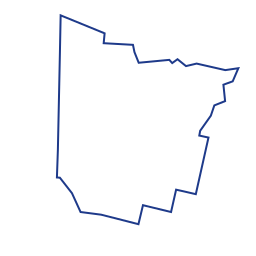 St. James, Louisiana, United States of America, rotated 284°
{"feature_id": "52423323B72947560407101", "entity_name": "St. James", "entity_type": "district", "adm_level": 2, "iso_a3": "USA", "parent_name": "United States of America", "parent_adm1": "Louisiana", "projection": "mercator", "projection_center": [-90.779, 30.028], "detail": "fine", "context": "isolated", "style": "outline", "palette": "blue", "viewbox_px": 256, "rotation_deg": 284, "n_neighbors": 0, "source": "geoboundaries", "source_scale": "gbopen_adm2", "svg_char_len": 565}
<svg xmlns="http://www.w3.org/2000/svg" viewBox="0 0 256 256"><g transform="rotate(284 128 128)"><path d="M35.0,102.3L37.4,122.9L37.2,161.4L56.7,161.2L56.9,190.1L79.8,189.6L80.0,197.6L80.2,209.8L138.2,208.4L137.9,199.0L142.8,198.7L160.0,205.4L170.8,206.3L177.6,215.7L193.1,210.1L198.6,218.3L212.7,220.6L207.7,208.4L207.1,179.0L202.1,169.3L206.7,159.4L201.7,155.2L204.1,151.6L193.9,122.6L203.2,115.9L209.9,112.7L204.4,83.9L214.2,82.4L221.0,35.4L182.9,44.1L89.6,65.3L62.8,71.0L63.3,73.9L51.2,89.4L35.0,102.3Z" fill="none" stroke="#1e3a8a" stroke-width="2"/></g></svg>